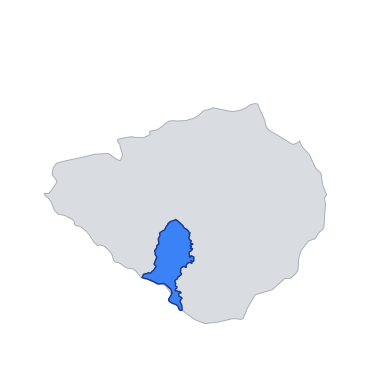 Uruguay, with Río Negro highlighted, rotated 300°
{"feature_id": "URY-9", "entity_name": "Río Negro", "entity_type": "Department", "adm_level": 1, "iso_a3": "URY", "parent_name": "Uruguay", "parent_adm1": "", "projection": "equal_earth", "projection_center": [-57.526, -32.894], "detail": "fine", "context": "in_parent", "style": "filled", "palette": "blue", "viewbox_px": 384, "rotation_deg": 300, "n_neighbors": 0, "source": "natural_earth", "source_scale": "10m", "svg_char_len": 5236}
<svg xmlns="http://www.w3.org/2000/svg" viewBox="0 0 384 384"><g transform="rotate(300 192 192)"><path d="M290.1,259.8L288.1,261.8L285.9,265.6L283.2,274.7L274.5,287.2L272.7,294.3L263.4,301.7L256.8,310.0L252.6,309.8L248.8,313.4L226.8,324.1L219.0,322.1L213.2,322.1L207.9,317.4L195.6,315.7L187.8,317.6L177.5,322.8L174.3,322.7L172.1,322.4L166.5,320.3L163.5,315.7L147.5,310.3L134.7,298.2L119.5,298.0L107.9,299.6L106.1,298.0L104.9,294.9L102.5,290.4L92.4,279.6L84.5,269.0L82.9,258.5L84.0,247.1L86.3,233.5L85.9,229.3L88.8,226.9L91.7,226.4L94.5,222.9L97.0,217.6L97.4,213.6L95.4,206.1L94.1,195.7L92.5,190.5L95.7,182.3L95.8,178.3L93.9,174.8L93.4,171.2L94.2,167.5L94.1,163.9L92.9,160.5L93.8,157.7L96.7,155.4L98.9,152.0L100.4,147.4L101.1,143.8L101.1,141.4L100.2,139.1L98.4,136.9L99.3,132.6L102.8,126.1L105.0,120.4L106.1,115.4L106.0,111.3L104.8,108.2L105.3,106.2L107.5,105.1L108.4,101.8L108.1,93.7L105.9,87.0L107.6,81.7L112.5,75.6L115.0,70.6L115.3,66.8L116.8,64.7L119.1,68.7L126.1,69.8L133.2,70.0L134.3,68.9L137.1,62.3L140.8,60.4L144.7,59.9L149.1,60.2L153.7,64.6L166.7,79.1L176.3,89.1L179.2,93.8L181.7,97.3L183.6,100.6L182.7,109.2L182.8,112.9L183.3,114.0L185.4,114.1L188.7,113.5L191.4,111.6L193.6,108.9L195.7,106.7L197.4,105.5L198.0,103.7L199.0,101.8L200.0,101.4L201.9,102.8L206.3,107.7L209.7,112.2L210.6,114.7L211.9,117.4L213.3,119.8L214.3,122.1L217.6,125.0L221.0,126.9L223.3,125.0L229.0,131.2L241.7,136.4L244.0,139.5L246.2,143.9L250.6,150.7L256.7,156.7L261.6,159.3L266.3,160.7L269.0,162.0L270.8,164.4L273.6,166.9L275.4,167.8L276.0,170.0L277.8,174.9L279.7,181.0L281.8,186.8L286.3,192.2L291.4,196.5L296.8,198.9L299.8,201.9L301.1,205.0L297.3,209.6L293.3,215.4L289.7,219.9L286.1,223.1L284.9,225.3L284.0,228.7L283.8,246.6L283.4,253.3L283.6,255.0L284.1,256.2L286.3,258.0L289.0,259.5L290.1,259.8Z" fill="#d9dde1" stroke="#a8b0b8" stroke-width="1"/><path d="M84.8,242.5L83.9,241.7L83.7,240.6L83.9,239.6L84.6,238.7L86.0,237.1L86.4,236.0L86.5,234.8L85.8,230.1L85.8,227.8L86.4,226.0L88.1,225.3L91.9,225.6L93.6,225.4L95.1,224.6L96.7,222.9L97.4,222.0L97.6,221.0L97.7,219.8L97.9,218.8L98.5,216.7L98.8,214.6L98.4,212.9L97.6,211.6L95.8,209.5L95.4,208.6L95.2,207.6L95.1,206.5L95.2,204.0L95.1,202.8L94.8,201.8L95.1,201.4L94.7,200.0L94.3,196.2L93.8,195.4L93.5,194.5L92.9,191.6L94.1,191.4L96.2,191.2L96.5,191.3L97.0,191.5L97.4,191.9L97.6,192.1L98.7,193.6L98.9,193.7L99.1,193.9L100.0,194.4L100.1,194.6L100.3,194.8L100.5,195.3L100.8,196.3L100.9,196.5L101.3,196.7L101.7,196.8L102.7,197.0L103.6,197.2L104.0,197.5L104.5,197.7L108.1,198.1L108.3,198.2L108.6,198.3L109.0,198.3L109.6,197.9L109.9,197.6L110.1,197.3L110.2,196.2L110.3,195.9L110.4,195.7L110.5,195.4L110.7,195.2L117.9,194.0L118.3,193.7L118.7,193.1L118.9,192.8L119.1,192.0L119.2,191.9L119.4,191.5L119.5,191.3L119.7,191.1L119.9,191.0L120.9,190.6L121.1,190.5L121.5,190.1L121.6,189.9L121.9,189.5L122.3,189.2L122.5,189.1L122.9,189.0L123.5,189.0L125.0,189.3L125.4,189.4L126.4,189.1L127.1,188.9L127.8,188.4L128.1,188.4L128.4,188.4L129.3,188.9L129.7,189.0L130.1,189.1L130.8,188.9L131.2,188.8L131.5,188.6L134.2,186.4L134.7,186.2L135.1,186.1L137.7,186.1L138.2,186.0L138.4,185.8L138.9,185.6L139.6,184.9L140.0,184.7L140.3,184.6L140.7,184.6L141.3,184.8L143.6,186.0L144.9,186.9L145.9,187.1L146.8,187.2L147.7,187.1L148.7,186.9L149.1,186.9L150.7,187.2L151.3,187.3L151.7,187.3L152.2,187.1L152.5,187.1L153.2,187.2L155.4,188.0L155.9,188.3L158.1,190.4L158.7,190.9L160.0,191.6L159.8,194.1L158.5,200.2L158.3,201.0L157.5,202.1L157.1,202.9L156.9,204.0L156.9,204.6L157.0,205.7L156.6,207.6L155.9,209.2L155.5,210.8L154.7,210.5L154.0,210.8L153.5,211.5L152.7,211.9L151.5,211.9L150.8,212.3L150.2,212.9L149.9,213.3L149.4,214.5L149.4,214.9L149.4,215.7L148.9,215.9L148.1,215.8L147.4,216.0L147.2,216.5L147.2,217.0L147.4,218.1L147.2,218.7L146.8,218.5L146.2,217.9L145.9,217.7L145.7,217.4L145.3,217.1L144.9,217.1L144.4,217.5L144.4,218.0L144.6,218.4L144.6,218.6L144.0,218.8L143.1,218.8L142.4,219.0L142.5,219.6L143.1,220.4L143.1,220.8L142.6,220.9L141.6,220.9L140.8,220.7L139.2,219.9L138.4,219.7L137.7,219.9L137.0,220.5L136.3,221.1L135.7,221.8L135.4,222.0L134.7,222.1L134.5,222.3L134.5,222.9L134.8,223.2L135.2,223.3L135.6,223.1L136.5,223.5L136.4,224.1L136.6,225.8L136.6,226.1L136.2,226.2L135.2,226.9L133.4,227.9L132.9,227.9L132.4,227.7L132.2,227.1L132.0,225.7L131.5,226.4L130.9,227.2L130.2,227.4L129.8,225.2L129.3,224.6L128.6,224.2L126.9,223.5L126.5,223.4L126.0,223.5L125.5,223.7L124.7,224.4L124.2,224.6L123.8,224.3L123.6,223.8L123.5,223.1L123.5,222.5L123.4,222.1L123.0,221.8L121.2,220.7L120.3,220.5L119.4,220.8L118.6,221.4L118.3,221.5L116.9,222.0L116.6,222.2L116.2,223.4L115.9,223.8L115.1,224.0L113.6,223.3L112.3,223.0L111.7,222.4L111.3,222.3L110.8,222.4L109.9,222.7L109.4,222.7L108.8,222.4L107.6,221.7L106.9,221.5L106.2,221.8L105.7,222.3L105.3,222.9L104.7,223.5L104.1,223.8L102.9,224.1L102.5,224.6L102.3,225.4L102.4,226.1L102.2,226.5L101.3,226.8L100.6,226.7L100.0,226.4L99.4,226.3L98.8,226.5L98.3,226.9L98.3,227.2L98.8,228.3L98.8,228.7L98.8,229.2L98.8,229.6L99.0,229.9L99.5,230.5L99.7,231.4L99.5,232.3L99.2,232.8L98.8,232.4L98.6,232.4L97.9,231.6L97.4,231.3L96.0,232.1L95.6,232.6L95.4,233.2L95.4,235.2L95.2,236.1L94.8,236.4L93.6,236.2L91.7,236.2L90.9,236.7L88.7,239.9L84.8,242.5L84.8,242.5Z" fill="#3b82f6" stroke="#1e3a8a" stroke-width="1.5"/></g></svg>